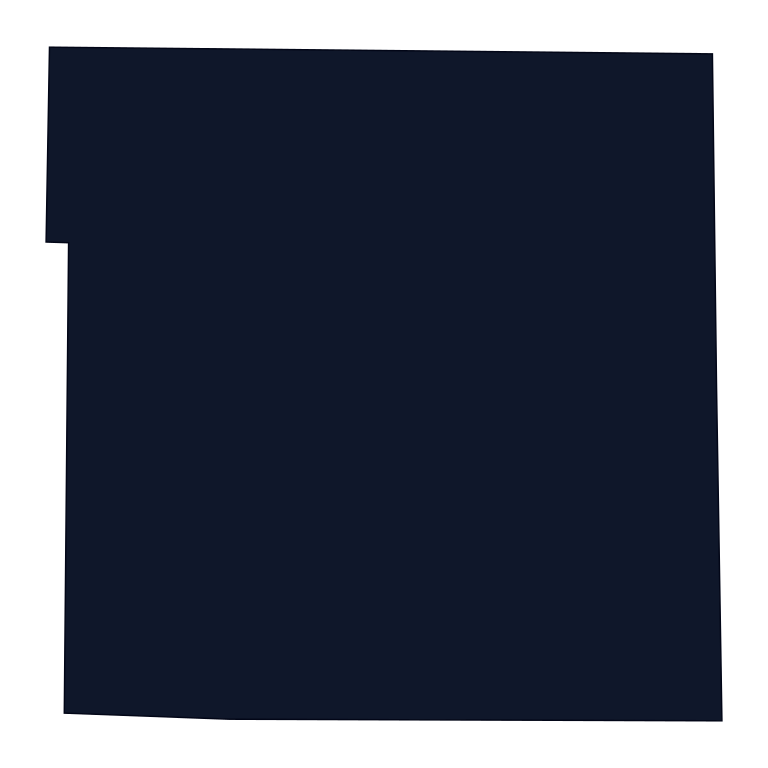 Daviess, Missouri, United States of America
{"feature_id": "52423323B47174682011417", "entity_name": "Daviess", "entity_type": "district", "adm_level": 2, "iso_a3": "USA", "parent_name": "United States of America", "parent_adm1": "Missouri", "projection": "orthographic", "projection_center": [-94.049, 39.961], "detail": "fine", "context": "isolated", "style": "filled", "palette": "ink", "viewbox_px": 768, "rotation_deg": 0, "n_neighbors": 0, "source": "geoboundaries", "source_scale": "gbopen_adm2", "svg_char_len": 232}
<svg xmlns="http://www.w3.org/2000/svg" viewBox="0 0 768 768"><path d="M49.5,47.2L46.1,242.0L68.6,242.7L64.3,713.1L230.0,719.2L721.9,720.8L716.5,385.9L712.4,53.9L49.5,47.2Z" fill="#0f172a" stroke="#020617" stroke-width="1.5"/></svg>